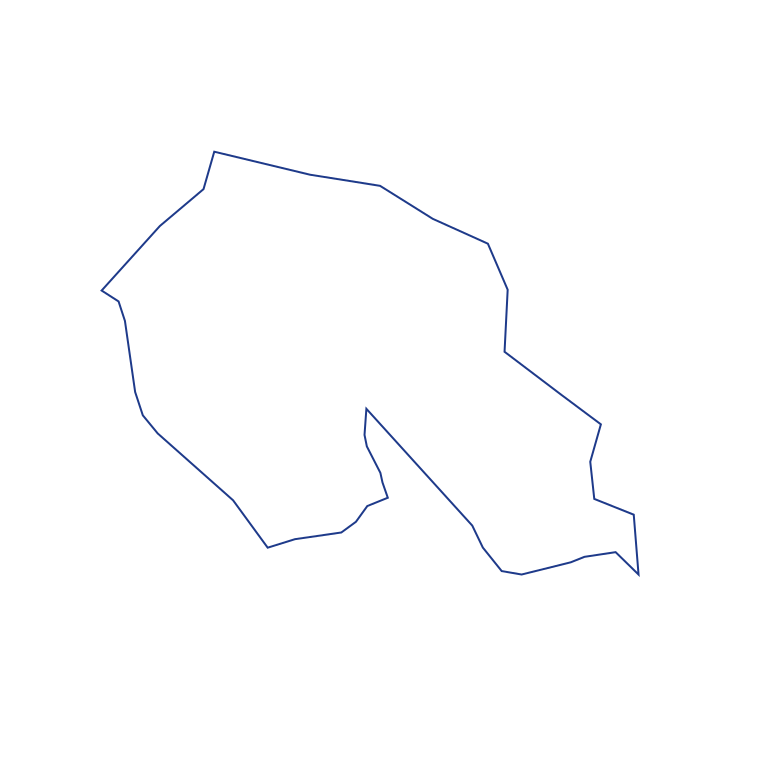 map outline of Aknistes (Equal Earth projection), rotated 16°
{"feature_id": "LVA-5734", "entity_name": "Aknistes", "entity_type": "Municipality", "adm_level": 1, "iso_a3": "LVA", "parent_name": "Latvia", "parent_adm1": "", "projection": "equal_earth", "projection_center": [25.843, 56.138], "detail": "fine", "context": "isolated", "style": "outline", "palette": "blue", "viewbox_px": 768, "rotation_deg": 16, "n_neighbors": 0, "source": "natural_earth", "source_scale": "10m", "svg_char_len": 668}
<svg xmlns="http://www.w3.org/2000/svg" viewBox="0 0 768 768"><g transform="rotate(16 384 384)"><path d="M317.3,573.4L271.0,537.4L180.1,493.9L160.8,480.6L147.0,460.3L117.6,394.8L106.1,377.8L86.8,372.0L125.0,293.9L156.8,246.4L156.8,207.5L255.3,203.2L325.6,194.6L385.4,211.8L445.2,220.5L476.9,259.3L491.0,319.8L557.9,345.7L603.6,363.0L603.7,401.9L617.8,436.5L660.1,440.8L681.2,497.0L653.0,481.8L624.3,494.9L612.7,503.9L568.8,529.2L548.7,531.4L524.1,514.0L507.9,495.8L373.9,412.7L379.3,438.3L384.7,448.7L405.0,470.4L409.7,479.1L419.0,492.3L401.6,505.9L395.0,524.2L383.9,538.5L341.2,557.7L317.6,573.2L317.3,573.4Z" fill="none" stroke="#1e3a8a" stroke-width="2"/></g></svg>